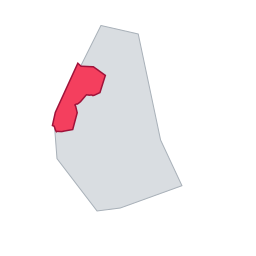 Barbados, with Saint James highlighted, rotated 28°
{"feature_id": "BRB-1992", "entity_name": "Saint James", "entity_type": "Parish", "adm_level": 1, "iso_a3": "BRB", "parent_name": "Barbados", "parent_adm1": "", "projection": "mercator", "projection_center": [-59.619, 13.191], "detail": "fine", "context": "in_parent", "style": "filled", "palette": "rose", "viewbox_px": 256, "rotation_deg": 28, "n_neighbors": 0, "source": "natural_earth", "source_scale": "10m", "svg_char_len": 913}
<svg xmlns="http://www.w3.org/2000/svg" viewBox="0 0 256 256"><g transform="rotate(28 128 128)"><path d="M158.7,202.3L139.6,215.8L79.7,188.4L58.7,155.3L56.0,50.2L92.9,40.2L162.4,123.3L202.7,153.6L158.7,202.3Z" fill="#d9dde1" stroke="#a8b0b8" stroke-width="1"/><path d="M60.1,161.3L56.5,148.3L53.3,94.4L57.5,95.5L68.7,90.2L83.3,92.2L86.6,109.9L83.0,114.7L82.0,115.7L81.9,115.6L81.7,115.6L81.6,115.8L81.4,115.9L81.1,115.9L80.8,115.9L80.6,115.9L80.4,115.9L80.2,116.0L79.8,116.3L79.7,116.4L79.5,116.5L79.4,116.5L78.5,117.1L78.3,117.3L78.1,117.4L77.9,117.4L77.6,117.4L77.4,117.5L77.1,117.7L75.8,118.1L75.4,119.3L73.7,127.1L72.7,129.4L72.0,130.7L71.4,130.9L71.1,131.1L70.9,131.4L70.7,132.0L70.6,132.4L70.4,132.5L70.7,132.9L71.6,133.4L76.0,138.4L79.9,155.3L72.8,160.9L72.2,161.5L71.0,162.4L67.7,163.9L66.3,164.7L66.3,164.8L65.4,164.3L62.0,161.1L60.1,161.3Z" fill="#f43f5e" stroke="#9f1239" stroke-width="1.5"/></g></svg>